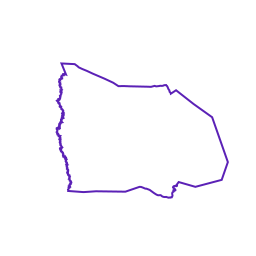 Javxlant, Selenge, Mongolia, rotated 65°
{"feature_id": "93677404B94192220818262", "entity_name": "Javxlant", "entity_type": "district", "adm_level": 2, "iso_a3": "MNG", "parent_name": "Mongolia", "parent_adm1": "Selenge", "projection": "robinson", "projection_center": [106.265, 49.737], "detail": "fine", "context": "isolated", "style": "outline", "palette": "violet", "viewbox_px": 256, "rotation_deg": 65, "n_neighbors": 0, "source": "geoboundaries", "source_scale": "gbopen_adm2", "svg_char_len": 5777}
<svg xmlns="http://www.w3.org/2000/svg" viewBox="0 0 256 256"><g transform="rotate(65 128 128)"><path d="M153.8,47.2L134.0,58.4L114.1,68.5L115.0,74.7L114.2,74.5L112.8,75.0L111.3,74.6L110.1,74.9L107.2,74.8L106.4,74.9L105.9,75.2L105.2,75.3L104.5,77.1L104.5,78.3L104.2,79.4L103.3,81.1L103.1,82.1L102.3,84.6L102.0,85.1L101.1,86.0L100.4,89.8L99.1,92.3L90.9,108.9L88.3,113.9L86.0,119.0L80.7,122.3L73.3,128.5L63.8,137.0L58.9,141.1L55.1,144.6L52.1,147.1L50.9,147.5L47.6,149.3L41.4,161.0L53.3,161.6L53.1,161.8L52.9,162.5L52.0,162.7L52.0,163.1L52.7,163.1L52.8,163.3L51.9,163.6L51.8,163.8L51.7,164.2L52.1,164.5L52.5,164.3L53.0,164.3L52.7,165.5L52.9,165.8L52.7,166.1L53.1,166.3L53.5,167.1L53.9,167.2L53.9,166.6L54.4,166.8L55.0,166.5L55.3,166.7L54.9,167.4L55.4,168.1L55.2,168.6L55.5,169.1L54.9,169.4L55.0,169.7L55.4,169.8L56.0,169.6L56.3,169.6L56.1,170.2L56.6,170.7L57.0,171.0L58.4,171.0L58.5,170.8L58.5,170.4L58.8,170.3L59.4,170.7L59.8,170.7L59.9,171.0L59.6,171.1L59.6,171.3L60.1,172.0L60.3,172.1L61.2,172.1L61.5,171.7L62.2,172.2L62.6,172.2L62.7,171.5L63.0,171.3L63.5,171.8L64.3,171.7L64.9,172.0L65.4,171.8L65.5,172.2L65.9,172.4L65.7,172.6L65.7,172.9L65.3,173.0L65.2,173.2L66.0,173.4L66.6,174.1L67.0,174.1L67.1,173.7L66.6,173.1L67.6,173.0L67.9,173.4L68.9,174.0L69.0,174.5L70.4,175.5L69.9,175.7L70.0,176.1L70.4,176.2L70.7,176.1L70.9,176.3L71.7,176.5L71.9,177.0L72.7,177.1L72.8,177.3L73.3,178.0L72.4,178.6L72.3,179.0L72.7,179.2L73.4,179.0L73.9,179.5L73.8,179.9L73.2,180.3L73.1,180.5L73.2,180.9L74.2,180.5L74.9,180.2L75.2,180.5L75.7,180.5L76.2,180.6L76.4,180.5L76.3,180.1L75.8,180.0L76.7,179.5L77.3,180.0L79.4,179.9L79.5,180.8L79.8,180.9L80.2,180.7L80.0,180.3L80.3,180.0L80.1,179.7L80.5,179.6L80.6,180.1L80.8,180.2L81.9,180.1L82.3,180.0L82.8,180.4L83.1,180.2L83.0,179.8L83.8,179.5L85.2,179.4L85.3,179.6L85.2,179.9L86.1,180.3L86.9,179.9L87.3,179.8L87.4,180.1L86.6,180.5L86.4,180.6L86.4,180.9L87.1,181.8L87.3,181.8L87.7,181.6L87.4,181.0L87.5,180.8L87.9,181.3L88.2,181.5L88.4,181.4L88.5,180.7L88.9,180.6L89.7,181.3L89.7,181.5L89.4,181.8L89.2,182.6L89.5,182.7L90.1,182.4L90.6,182.5L91.4,182.2L91.8,182.3L91.7,182.7L91.2,183.0L90.7,183.7L91.7,184.2L91.9,185.1L92.2,185.2L92.6,184.9L92.8,185.5L93.6,185.9L93.8,185.8L93.7,185.2L93.8,185.2L94.2,185.6L95.0,185.3L94.8,186.1L94.2,186.1L94.5,186.6L94.3,186.9L95.1,187.4L95.3,187.3L95.3,187.0L95.5,187.1L95.8,187.8L95.1,187.8L94.9,188.0L95.4,188.8L95.7,188.9L96.1,188.5L96.5,188.5L96.8,188.7L96.6,189.1L96.7,189.3L97.5,189.0L98.7,189.8L99.2,189.7L99.5,189.8L99.6,190.1L99.0,190.1L99.1,190.6L98.2,190.9L99.2,191.9L98.0,192.3L98.0,192.6L98.5,192.8L99.1,192.5L99.3,192.7L99.2,193.1L100.2,193.1L101.5,193.7L101.4,194.1L101.5,194.3L102.0,194.0L102.7,194.1L103.0,194.3L102.9,194.5L103.0,194.6L104.0,194.7L104.1,194.4L103.5,194.0L103.6,193.8L104.0,193.7L105.0,193.8L105.6,194.4L105.9,194.4L106.0,194.4L106.1,194.1L105.9,193.4L106.6,192.7L107.0,193.7L108.0,193.9L108.3,193.4L108.5,193.4L108.6,193.7L108.5,194.2L108.7,194.4L109.0,194.3L109.1,194.0L109.4,194.0L109.5,194.2L109.4,194.4L108.9,194.7L109.2,195.1L109.8,195.0L110.4,194.3L110.8,194.7L112.0,195.0L112.1,195.3L111.8,195.7L112.0,195.9L112.7,196.0L113.4,195.6L113.7,195.6L114.2,195.9L114.2,196.3L115.1,196.6L115.4,196.5L115.3,196.0L115.5,196.0L116.5,196.1L117.6,195.8L117.6,196.3L118.4,197.3L118.3,197.5L117.7,197.5L117.7,198.3L118.1,198.5L119.0,198.5L119.0,198.2L118.6,198.1L118.9,197.9L119.0,197.6L119.3,198.0L120.0,198.1L119.7,198.3L119.7,198.5L120.9,198.6L121.0,198.5L120.8,198.1L121.4,198.2L121.5,197.9L121.8,197.7L122.4,197.9L122.6,197.5L123.0,197.4L123.6,197.7L123.9,197.7L124.2,196.8L124.3,197.6L124.7,197.8L124.5,198.0L125.0,198.2L125.8,198.1L125.6,198.6L126.6,198.8L126.7,198.5L126.7,198.3L127.3,198.2L127.0,197.7L127.3,197.5L127.4,197.3L127.2,197.0L127.6,196.9L128.1,197.3L128.8,197.4L129.1,197.1L128.8,196.8L128.9,196.7L129.5,196.9L130.3,196.9L130.5,196.9L130.5,197.2L129.9,197.2L130.0,197.5L129.7,198.0L130.0,198.1L131.0,197.8L131.1,198.0L131.5,198.1L131.7,198.5L132.2,198.4L133.7,198.7L134.1,198.5L134.0,198.1L135.0,198.3L135.1,198.5L134.9,198.7L135.0,198.8L135.4,198.9L135.7,198.7L135.7,199.0L135.3,199.3L135.3,199.5L136.0,199.4L136.4,199.7L136.8,199.5L137.4,200.0L137.7,199.9L137.8,199.6L138.1,199.6L138.7,200.0L138.9,200.5L139.2,200.7L139.4,200.6L139.6,200.3L140.0,200.5L140.1,200.4L140.0,200.0L140.6,199.9L141.0,200.1L141.1,200.4L141.5,200.3L142.3,200.8L142.1,201.1L142.4,201.9L143.1,202.1L143.5,202.0L143.7,201.7L144.1,201.8L144.6,202.1L145.5,202.1L145.6,201.9L145.4,201.6L146.3,201.6L146.0,201.3L146.2,201.0L146.6,201.1L146.8,201.4L147.1,201.2L147.6,201.2L147.8,201.8L147.7,202.0L148.3,202.3L148.8,202.1L149.0,202.2L148.9,202.5L149.2,203.0L149.5,202.7L149.9,202.9L150.6,202.7L151.1,203.1L151.3,203.0L151.3,202.7L151.8,202.3L153.3,202.3L153.7,202.5L154.2,203.4L154.8,203.7L154.8,203.8L153.8,203.8L154.3,204.3L154.4,204.6L154.9,204.5L155.0,205.0L155.1,205.3L155.8,205.3L155.6,205.6L155.9,205.9L155.8,206.3L156.8,206.5L157.3,206.2L157.3,206.4L156.8,206.8L156.8,207.0L157.5,207.1L157.9,207.3L158.4,208.4L158.7,208.5L159.2,208.4L159.8,208.8L167.3,195.4L171.8,183.8L184.6,157.3L186.2,142.5L186.9,141.1L188.4,139.6L190.0,138.2L190.4,137.7L190.8,136.9L193.3,134.5L198.0,131.9L200.2,130.5L201.3,129.6L201.8,128.9L202.5,127.1L202.8,126.7L204.3,126.0L205.3,125.1L206.2,123.7L206.6,122.5L207.6,121.5L208.4,120.5L208.4,120.0L208.9,119.3L209.0,118.9L208.9,118.1L209.3,117.7L208.9,117.0L208.0,116.2L206.8,115.9L205.7,115.5L205.1,114.8L204.9,113.4L203.7,113.3L203.5,113.1L203.6,112.5L203.7,112.2L204.5,111.6L204.5,111.4L204.3,111.2L202.2,111.5L201.7,112.0L201.2,112.3L200.8,112.3L200.4,111.9L200.2,111.5L200.1,110.8L200.4,109.6L201.1,108.9L201.2,108.5L201.1,108.0L200.7,107.8L200.1,108.0L198.4,104.9L209.8,91.8L214.6,65.0L201.1,51.9L153.8,47.2Z" fill="none" stroke="#5b21b6" stroke-width="2"/></g></svg>